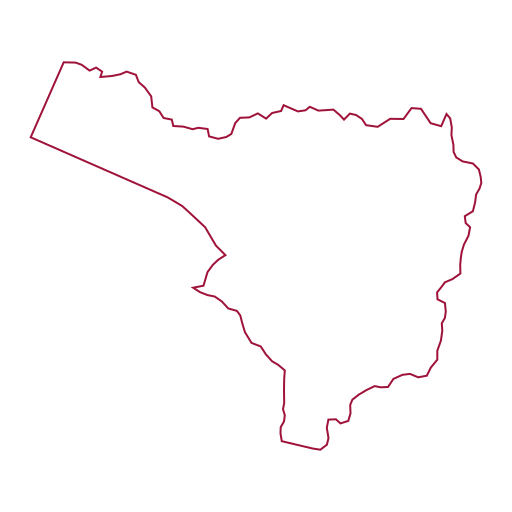 Tacima, Paraíba, Brazil (orthographic projection)
{"feature_id": "56859067B48100654649443", "entity_name": "Tacima", "entity_type": "district", "adm_level": 2, "iso_a3": "BRA", "parent_name": "Brazil", "parent_adm1": "Paraíba", "projection": "orthographic", "projection_center": [-35.512, -6.551], "detail": "fine", "context": "isolated", "style": "outline", "palette": "rose", "viewbox_px": 512, "rotation_deg": 0, "n_neighbors": 0, "source": "geoboundaries", "source_scale": "gbopen_adm2", "svg_char_len": 1943}
<svg xmlns="http://www.w3.org/2000/svg" viewBox="0 0 512 512"><path d="M171.8,119.6L163.6,118.0L159.3,111.2L152.4,107.4L151.2,96.4L144.9,87.6L138.7,82.1L135.9,74.8L126.6,71.6L120.6,74.2L111.9,76.0L100.4,77.0L102.1,71.6L96.1,67.6L89.6,70.6L81.7,64.8L75.6,62.6L63.7,62.3L30.7,137.3L157.2,192.8L167.7,197.4L182.3,206.1L191.4,214.4L205.1,227.2L216.0,245.7L225.4,255.1L218.2,259.8L212.9,264.8L207.5,272.1L203.5,285.7L193.2,287.7L199.9,292.1L207.5,295.1L214.7,296.5L221.9,301.5L228.2,308.4L236.9,310.9L240.3,315.5L242.1,322.7L244.9,332.1L251.5,342.9L260.8,346.5L265.9,354.4L272.1,361.3L278.0,364.7L284.8,370.4L284.2,378.5L284.0,390.5L284.2,403.0L283.0,409.2L284.8,415.2L284.0,421.5L280.7,427.2L280.5,433.5L281.8,441.2L312.6,448.5L320.3,449.7L326.9,444.7L328.5,438.1L326.8,427.8L328.4,419.6L335.9,419.3L340.5,423.4L348.3,420.9L350.5,413.4L350.2,404.9L352.4,399.6L359.0,394.5L366.4,390.1L374.7,386.1L380.8,387.3L388.0,387.0L393.4,378.9L402.5,374.8L410.0,373.9L418.2,377.3L426.8,375.7L430.8,367.6L437.3,359.7L437.3,350.7L440.9,340.7L442.3,330.7L441.8,323.3L444.9,317.9L445.8,311.5L444.9,303.0L437.5,299.3L437.1,292.4L441.2,287.3L444.9,282.3L452.4,279.1L460.4,273.5L460.2,265.1L460.8,258.1L461.7,252.0L463.9,244.7L468.5,235.7L470.1,227.2L465.7,223.1L464.8,216.2L472.9,211.2L475.1,202.4L476.1,194.5L479.5,188.6L481.3,183.0L480.7,177.0L478.9,169.5L472.9,163.5L462.6,161.4L456.2,157.4L453.6,151.9L453.4,144.8L451.4,135.0L451.8,127.6L450.2,118.4L446.5,114.0L441.2,126.2L430.6,123.2L421.0,108.8L411.5,108.1L403.5,119.0L390.2,118.8L377.7,126.8L366.1,125.2L362.0,119.0L356.1,115.0L349.9,113.6L344.0,119.6L339.9,115.2L333.4,109.6L325.0,110.2L318.4,110.6L309.8,106.8L305.5,110.3L297.9,111.4L283.6,105.2L281.1,111.0L272.1,113.0L266.1,118.6L257.8,113.4L249.4,117.4L240.0,117.8L235.3,123.0L231.3,134.0L226.3,137.0L218.2,138.8L209.1,136.4L207.6,129.0L198.3,127.8L192.6,129.2L183.3,126.6L173.3,126.0L171.8,119.6Z" fill="none" stroke="#9f1239" stroke-width="2"/></svg>